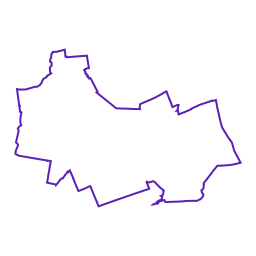 outline of Piatra-Olt, Olt, Romania
{"feature_id": "2599482B68816906469751", "entity_name": "Piatra-Olt", "entity_type": "district", "adm_level": 2, "iso_a3": "ROU", "parent_name": "Romania", "parent_adm1": "Olt", "projection": "orthographic", "projection_center": [24.264, 44.37], "detail": "fine", "context": "isolated", "style": "outline", "palette": "violet", "viewbox_px": 256, "rotation_deg": 0, "n_neighbors": 0, "source": "geoboundaries", "source_scale": "gbopen_adm2", "svg_char_len": 5505}
<svg xmlns="http://www.w3.org/2000/svg" viewBox="0 0 256 256"><path d="M98.6,206.3L104.5,204.2L110.9,201.9L116.7,199.9L135.1,193.5L149.2,188.8L149.1,188.3L148.5,186.9L147.0,183.2L146.8,182.7L146.7,182.3L146.7,181.7L147.2,181.8L147.8,182.2L149.0,182.4L149.6,182.3L150.7,181.9L151.5,181.8L151.7,181.7L152.3,181.4L152.8,181.3L153.3,181.3L153.9,181.4L154.3,181.7L154.7,182.0L156.6,184.0L157.4,184.9L158.5,186.0L159.4,186.9L159.6,187.3L160.2,187.5L161.0,188.3L162.1,189.1L163.3,190.2L163.8,190.6L163.6,191.1L163.3,191.5L163.4,192.4L163.3,192.8L163.2,194.0L163.0,194.6L162.1,195.4L161.7,195.7L161.4,195.9L161.0,196.0L162.2,197.0L162.3,197.2L162.2,197.5L161.9,198.2L161.4,199.6L161.2,199.8L159.8,200.2L159.1,200.5L158.2,201.1L157.7,201.5L157.2,201.7L157.0,202.2L156.7,202.4L156.7,202.6L156.6,202.9L156.4,203.1L155.7,203.2L155.4,203.4L155.0,203.7L154.3,204.1L153.1,204.4L153.0,204.5L153.9,204.4L155.4,203.7L155.9,203.6L156.8,203.8L157.2,203.7L158.2,203.2L158.2,202.8L158.6,202.1L159.0,201.7L159.6,201.3L161.0,200.9L162.2,200.7L162.5,200.3L162.9,200.2L163.6,200.2L164.1,200.0L164.6,200.6L165.0,201.3L165.2,201.9L166.7,202.0L182.9,201.4L183.6,201.2L187.9,200.9L194.7,200.8L196.6,200.9L197.2,200.8L198.6,199.9L200.1,199.4L200.4,199.2L201.2,198.5L202.2,197.4L202.5,196.9L202.9,196.4L203.3,195.5L203.2,195.0L202.9,194.6L202.9,194.4L203.1,194.2L202.1,192.7L201.8,192.2L201.6,191.1L201.4,190.5L201.4,190.3L202.5,189.6L203.1,189.0L203.3,188.5L203.8,186.2L203.6,185.6L203.6,185.2L203.9,184.7L203.8,184.3L203.7,184.0L203.8,183.2L203.9,182.9L204.8,181.7L206.0,180.3L207.9,177.8L208.1,177.7L209.6,175.6L212.0,172.6L213.1,171.0L216.6,166.6L216.9,166.1L217.2,166.0L217.4,165.8L222.3,165.6L229.1,165.1L233.4,164.5L240.6,162.7L234.3,150.8L231.8,142.3L228.1,137.3L222.0,127.2L220.1,120.1L218.5,112.8L217.4,108.2L215.9,100.0L213.1,100.9L212.4,100.6L212.2,100.5L211.2,101.0L210.3,101.2L210.0,101.3L209.9,101.5L208.7,101.8L207.4,102.2L206.5,102.6L203.3,103.6L201.6,104.1L201.3,104.3L200.8,104.5L199.2,105.0L198.0,105.6L197.7,105.9L196.0,106.5L191.8,108.4L191.4,108.7L191.4,109.2L190.6,109.5L187.7,110.8L186.9,111.0L185.6,111.7L179.8,113.9L178.7,114.4L178.5,113.7L178.3,112.8L178.1,111.6L178.0,111.0L178.1,110.8L178.0,110.5L177.8,110.4L177.5,110.4L176.8,110.6L177.4,109.8L177.7,108.8L178.6,105.0L178.0,104.9L177.2,105.0L176.3,105.4L175.4,105.8L172.5,107.1L172.1,105.9L171.6,104.9L171.3,103.9L171.2,103.2L170.6,102.0L170.2,100.8L169.9,100.3L169.4,99.1L168.8,97.5L167.0,92.9L166.5,91.4L166.3,91.3L165.3,91.9L163.9,92.7L160.8,94.5L155.1,97.6L153.8,98.2L149.5,100.1L141.3,103.6L140.3,104.0L140.1,104.3L140.0,105.3L139.9,105.9L139.7,106.8L139.7,107.1L139.8,108.0L139.9,108.7L140.0,109.1L132.9,109.0L132.5,108.9L130.9,108.9L130.6,108.8L129.5,108.8L126.1,108.6L122.4,108.6L117.7,108.3L116.1,108.3L113.9,106.4L99.3,94.7L96.5,92.4L97.6,91.8L96.0,88.8L93.5,83.8L92.9,82.8L92.0,80.8L91.4,79.8L90.9,79.1L90.3,78.1L89.3,78.5L89.2,78.5L89.2,78.4L89.1,78.2L88.8,77.8L88.7,77.8L87.9,77.3L87.6,76.9L87.4,76.2L88.0,76.5L88.0,76.3L87.7,76.1L87.1,75.9L88.1,76.1L88.1,75.8L87.9,75.6L87.2,75.5L86.5,75.3L86.5,75.2L86.7,74.5L86.7,74.3L86.7,74.1L86.3,73.8L85.5,73.5L85.4,73.4L85.2,73.1L85.5,72.4L85.5,72.0L85.5,71.9L85.0,71.2L84.6,70.8L84.2,70.3L84.2,70.0L84.5,70.0L84.7,69.8L84.7,69.6L84.9,69.4L85.0,69.3L85.4,69.2L86.2,68.9L87.1,68.3L88.9,68.1L86.9,56.0L86.9,55.7L78.8,56.3L76.2,56.5L74.0,56.6L73.3,56.8L70.5,56.9L68.2,57.2L66.9,57.2L66.8,56.7L65.6,56.7L65.4,56.6L65.1,52.5L64.7,49.7L61.0,50.7L59.0,51.1L56.3,51.9L55.8,51.9L52.9,51.9L52.9,52.0L52.7,52.7L52.4,53.2L52.2,53.4L52.1,53.5L51.6,53.5L51.3,55.1L51.3,55.9L51.1,57.7L51.0,58.1L50.4,58.9L50.3,59.0L50.1,61.6L50.4,61.8L50.8,61.9L51.1,62.0L51.3,62.2L51.4,62.6L51.7,64.4L51.7,64.9L51.7,65.4L51.4,65.7L51.0,66.1L50.5,66.7L50.1,67.2L49.8,67.9L49.9,68.4L50.0,69.6L50.0,70.3L50.1,70.9L50.1,71.6L50.3,72.2L50.5,72.6L50.4,72.8L50.2,72.9L50.2,73.0L50.2,73.4L50.2,73.5L50.7,73.6L48.4,75.2L48.1,75.3L47.7,75.4L46.9,76.1L46.9,76.6L46.7,76.8L45.0,78.0L44.0,78.5L43.2,79.2L43.0,79.5L42.6,80.2L42.4,80.7L42.2,81.3L42.1,81.7L41.8,82.4L41.5,82.8L40.7,83.9L40.2,84.7L39.9,85.1L39.0,85.5L37.3,86.6L37.1,86.7L36.4,86.9L34.9,86.8L34.1,86.9L33.4,87.2L31.7,87.8L31.1,87.9L30.3,88.1L29.6,88.2L28.9,88.5L27.9,88.9L26.9,89.2L25.3,89.5L20.9,89.5L19.2,89.5L18.2,89.4L17.0,89.1L17.1,89.8L17.4,92.1L18.8,102.4L19.3,106.7L19.5,107.3L19.7,107.1L19.6,107.9L19.6,108.2L19.8,109.7L19.9,110.0L19.9,110.6L20.0,111.5L20.1,111.9L21.2,112.1L21.4,112.3L21.4,112.9L21.4,113.2L21.3,113.7L21.0,114.6L20.8,115.2L20.7,116.5L20.4,118.9L20.3,119.7L20.4,120.6L20.4,121.3L20.4,122.3L20.4,122.7L20.6,123.4L20.7,123.9L21.2,124.9L21.3,125.2L20.0,126.0L19.3,126.5L19.1,126.8L18.4,127.6L18.0,128.2L17.8,128.8L18.2,129.4L18.5,129.7L18.5,130.4L18.5,131.5L18.3,132.8L18.2,132.9L16.0,142.3L17.9,144.4L17.9,145.4L17.9,145.7L17.7,146.3L17.3,147.1L16.9,147.9L16.5,148.9L16.2,150.0L15.9,150.6L15.5,152.6L15.4,153.1L15.4,153.5L15.6,154.0L15.9,154.2L17.6,155.0L17.8,155.1L18.5,155.4L19.2,155.8L19.7,155.9L42.8,159.8L48.4,160.7L48.3,160.8L48.5,160.8L50.8,161.1L49.6,167.5L49.4,169.4L48.9,171.6L48.8,172.4L48.7,172.9L48.6,173.7L48.4,174.4L48.3,175.0L48.2,175.8L48.1,176.3L48.1,176.8L47.9,178.5L47.6,179.6L47.2,182.1L47.0,182.6L48.1,182.9L55.9,184.5L56.0,185.1L57.7,183.1L60.4,179.5L61.0,178.7L61.3,178.5L61.7,178.5L62.3,178.4L62.6,178.5L65.1,175.1L65.9,174.1L67.6,171.7L67.8,171.9L68.3,172.2L69.8,170.4L73.5,178.7L73.3,178.8L76.0,185.3L78.4,191.0L79.5,190.7L80.4,190.3L84.6,188.6L88.7,186.7L90.3,186.1L98.6,206.3Z" fill="none" stroke="#5b21b6" stroke-width="2"/></svg>